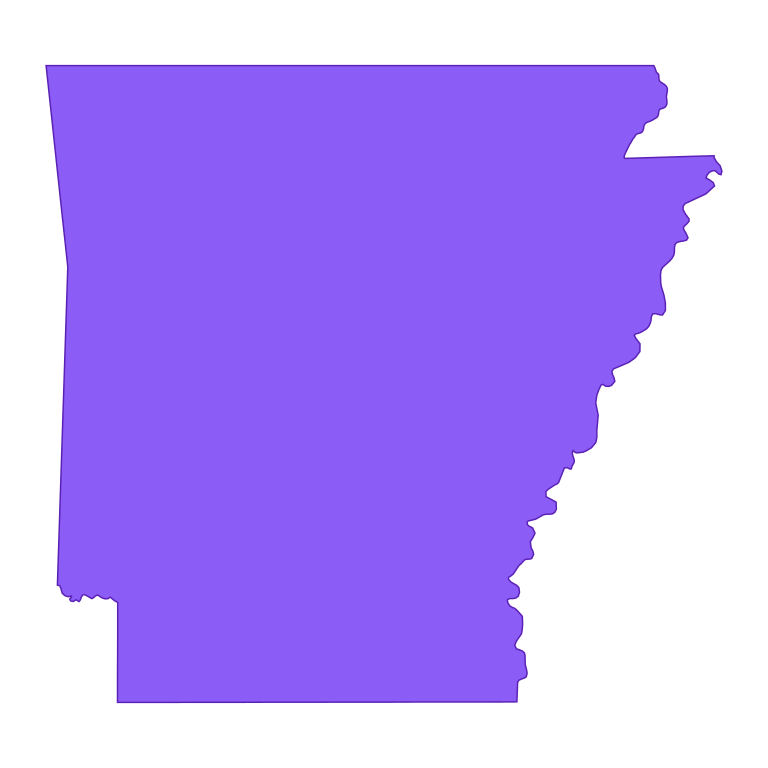 map outline of Arkansas (Equal Earth projection)
{"feature_id": "USA-3528", "entity_name": "Arkansas", "entity_type": "State", "adm_level": 1, "iso_a3": "USA", "parent_name": "United States of America", "parent_adm1": "", "projection": "equal_earth", "projection_center": [-91.2, 34.755], "detail": "fine", "context": "isolated", "style": "filled", "palette": "violet", "viewbox_px": 768, "rotation_deg": 0, "n_neighbors": 0, "source": "natural_earth", "source_scale": "10m", "svg_char_len": 4176}
<svg xmlns="http://www.w3.org/2000/svg" viewBox="0 0 768 768"><path d="M635.4,337.5L635.8,338.3L640.0,343.8L639.9,351.5L635.3,357.7L628.9,362.3L613.5,368.9L611.9,371.2L612.5,374.4L614.1,378.0L614.8,381.4L612.8,383.8L611.6,385.4L608.7,386.4L605.6,386.2L602.9,384.4L601.2,384.9L599.3,388.6L596.9,395.0L595.7,402.8L598.2,415.3L596.8,430.8L596.9,437.1L595.8,442.5L591.4,447.8L586.3,450.8L583.2,452.1L577.4,452.9L575.8,452.7L574.7,452.1L573.0,450.6L572.4,451.6L572.4,453.2L572.8,455.8L574.1,459.3L574.3,461.5L573.8,463.0L571.9,466.4L571.5,468.3L570.9,469.1L569.5,468.8L567.3,467.7L565.4,467.7L564.5,468.0L563.9,469.1L558.6,482.5L556.8,484.1L554.6,485.0L547.8,489.6L545.9,491.6L546.1,496.7L556.1,502.1L556.4,509.2L554.7,512.4L552.4,513.9L549.7,514.2L546.4,514.2L543.3,514.8L537.4,518.2L535.6,519.2L528.2,521.0L527.0,522.3L527.6,524.8L528.9,526.1L530.8,526.9L532.7,528.1L535.0,533.1L532.9,537.6L530.3,541.7L531.2,548.0L532.8,550.9L533.6,554.4L531.8,558.3L530.5,559.0L526.7,559.2L525.1,559.6L523.8,560.7L520.9,563.9L519.9,564.6L518.7,565.9L513.3,574.0L510.8,576.0L508.6,577.3L508.3,579.0L511.0,582.1L516.7,585.3L518.9,587.7L519.5,592.3L518.3,596.2L515.9,598.0L512.8,598.6L509.5,598.6L507.3,600.0L507.9,603.0L510.0,606.0L512.3,607.4L514.9,608.4L517.6,610.9L522.3,616.3L522.5,619.6L522.6,625.0L522.1,630.4L521.4,633.9L516.2,641.5L514.7,645.4L516.6,649.0L518.2,649.3L522.5,651.1L524.3,652.8L525.0,655.0L525.2,664.2L526.7,670.4L527.1,673.5L526.2,676.8L524.4,678.0L521.5,679.0L518.8,680.3L517.6,682.5L516.9,701.8L514.9,701.9L490.1,702.0L465.3,702.0L440.4,702.0L415.6,702.0L390.7,702.1L365.9,702.1L341.1,702.1L316.2,702.2L291.4,702.2L266.5,702.2L241.7,702.3L216.8,702.3L192.0,702.3L167.2,702.4L142.3,702.4L117.5,702.4L117.5,680.4L117.6,658.4L117.7,636.4L117.7,614.4L117.7,602.4L116.4,601.7L114.3,600.6L110.4,597.2L107.8,598.7L105.0,598.8L102.3,598.0L97.6,595.0L95.5,595.9L93.7,597.6L91.8,598.6L85.1,594.8L82.8,594.8L81.4,597.0L80.3,600.0L78.9,601.6L76.1,599.8L73.2,601.5L70.6,600.9L69.7,599.1L71.4,597.2L71.4,596.1L68.0,596.7L64.6,595.5L62.1,593.0L61.1,589.1L59.8,585.8L57.4,585.1L58.7,545.2L60.0,505.3L61.3,465.5L62.6,425.7L63.9,386.0L65.2,346.3L66.5,306.7L67.8,267.2L65.1,241.9L62.3,216.6L59.6,191.4L56.9,166.2L54.2,141.0L51.5,115.8L48.8,90.7L46.1,65.6L83.5,65.6L120.9,65.6L158.3,65.6L195.6,65.6L233.0,65.6L270.4,65.6L307.8,65.6L345.2,65.6L382.6,65.6L420.0,65.6L457.4,65.6L462.6,65.6L494.8,65.6L532.2,65.6L569.5,65.6L606.9,65.6L644.3,65.6L653.8,65.6L653.9,66.0L654.2,66.4L654.9,67.8L656.3,71.9L656.6,72.5L657.2,73.0L657.9,73.5L658.4,74.0L658.6,74.6L658.8,75.4L658.9,78.3L659.0,79.3L659.3,80.3L659.6,81.0L660.2,81.7L664.7,84.7L665.4,85.3L666.0,85.9L666.5,86.6L666.9,87.4L667.2,88.2L667.4,89.2L667.4,90.2L667.3,91.3L666.5,95.6L666.4,96.7L667.0,102.1L667.0,103.0L666.8,103.9L666.6,104.8L666.2,105.6L665.7,106.3L665.2,107.0L664.5,107.5L663.8,107.9L660.3,109.1L659.7,109.5L659.2,110.2L658.9,111.0L658.4,114.6L658.1,115.5L657.7,116.4L657.2,117.1L656.6,117.6L652.3,120.2L649.2,121.6L647.5,122.1L646.7,122.5L645.4,123.5L644.8,124.2L644.3,125.0L644.0,125.8L643.8,126.7L643.6,128.3L643.4,129.3L643.1,130.2L642.7,131.1L642.2,131.8L641.6,132.4L640.9,132.8L640.1,133.1L637.4,133.8L636.7,134.2L636.0,134.7L635.5,135.4L634.6,136.8L633.0,138.8L630.7,142.9L629.4,144.8L624.6,154.8L624.2,156.6L624.2,157.4L624.5,158.1L625.3,158.4L635.2,158.1L654.7,157.5L674.2,156.9L693.6,156.3L713.1,155.8L713.3,155.8L713.6,155.8L713.8,155.8L714.1,155.8L713.9,157.1L716.4,161.7L720.1,165.7L721.9,171.2L721.0,174.7L718.9,174.1L714.9,170.6L711.9,171.0L709.3,172.4L707.3,174.7L706.0,178.0L709.6,179.9L713.3,182.7L714.5,186.0L706.0,193.8L685.1,203.6L683.2,206.1L683.0,209.3L685.1,213.5L689.0,218.9L689.0,221.3L686.5,224.2L684.2,226.2L683.4,227.9L684.0,230.0L686.1,233.4L688.0,237.8L686.6,240.1L683.4,241.0L680.1,241.5L676.8,242.5L675.1,244.4L674.5,247.5L674.4,252.1L673.8,255.1L672.1,258.1L670.0,260.7L662.7,267.3L661.1,270.2L660.5,274.4L660.7,282.7L661.3,286.4L664.0,295.4L665.4,303.1L665.4,310.5L662.5,315.0L659.7,314.8L656.0,313.7L652.7,313.8L651.3,317.0L651.0,320.5L650.1,323.7L648.7,326.4L646.6,328.8L641.6,331.9L638.3,333.3L635.7,333.9L634.2,335.2L635.4,337.5Z" fill="#8b5cf6" stroke="#5b21b6" stroke-width="1.5"/></svg>